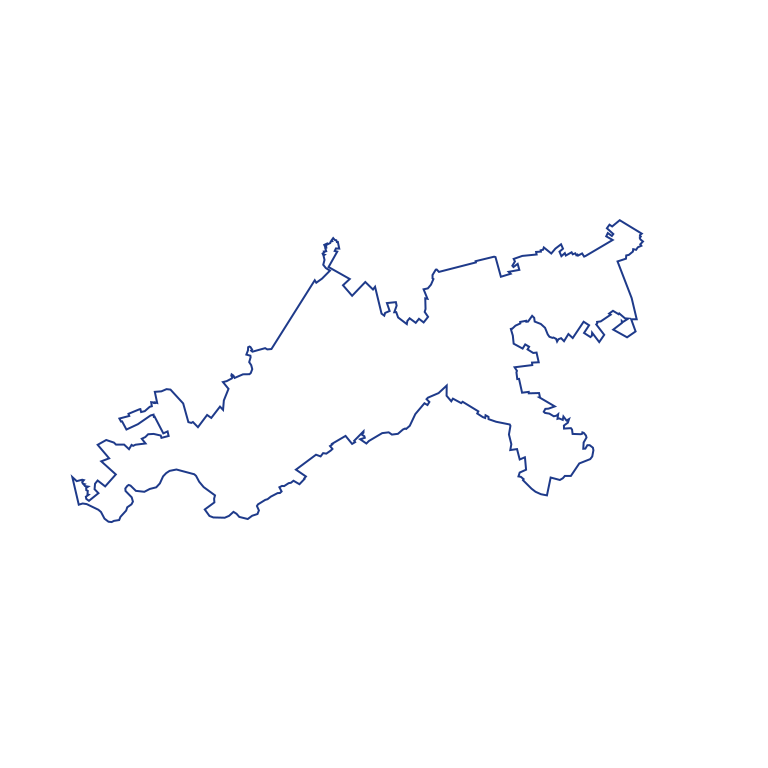 outline of Palenque, Chiapas, Mexico, rotated 122°
{"feature_id": "50627088B42287597012066", "entity_name": "Palenque", "entity_type": "district", "adm_level": 2, "iso_a3": "MEX", "parent_name": "Mexico", "parent_adm1": "Chiapas", "projection": "robinson", "projection_center": [-91.787, 17.453], "detail": "fine", "context": "isolated", "style": "outline", "palette": "blue", "viewbox_px": 768, "rotation_deg": 122, "n_neighbors": 0, "source": "geoboundaries", "source_scale": "gbopen_adm2", "svg_char_len": 6154}
<svg xmlns="http://www.w3.org/2000/svg" viewBox="0 0 768 768"><g transform="rotate(122 384 384)"><path d="M648.1,578.9L645.0,576.2L643.4,572.5L642.0,559.6L642.5,556.2L646.3,549.7L646.8,544.7L645.4,541.8L643.2,540.5L639.7,536.5L636.3,537.1L628.0,535.6L624.6,536.4L619.9,534.4L616.8,534.6L613.8,537.9L611.7,546.5L609.7,548.0L606.4,547.7L604.9,547.0L604.5,545.1L606.1,537.8L602.4,530.1L597.1,527.0L592.3,522.4L587.1,521.4L579.4,522.4L575.0,521.5L571.3,519.8L566.5,514.7L561.1,497.1L561.5,494.7L564.8,489.0L567.0,482.3L568.0,468.3L571.3,467.3L574.3,465.1L585.4,469.5L588.4,462.1L587.6,458.0L581.8,448.2L577.9,445.5L572.2,443.9L572.2,440.3L573.4,436.3L570.7,428.0L565.6,426.0L561.3,422.4L557.5,423.1L554.8,427.1L552.9,427.1L545.2,423.3L543.4,421.7L539.5,420.3L532.9,416.4L531.6,414.5L529.4,413.9L527.0,418.0L524.5,416.5L523.5,414.6L518.6,412.3L517.1,410.6L514.0,409.5L513.8,402.6L506.6,401.1L506.4,401.6L503.8,401.2L503.3,413.3L480.0,404.2L479.0,399.4L474.9,399.0L473.6,396.0L468.4,393.8L466.4,393.3L465.2,396.9L462.6,395.8L462.3,396.4L448.4,389.1L451.7,379.3L448.6,377.7L448.0,379.2L435.0,376.3L436.2,375.6L438.7,376.3L438.7,373.0L439.8,371.8L443.5,374.9L443.8,367.4L440.3,366.6L426.6,359.5L422.5,354.4L422.7,350.5L418.9,345.8L412.5,343.8L410.6,342.5L410.4,341.4L405.8,340.0L392.9,341.5L378.9,339.5L378.8,336.0L375.2,336.0L374.3,339.9L372.3,339.5L362.8,332.9L352.1,330.0L360.8,324.7L363.0,317.8L359.9,317.8L359.3,308.4L357.4,307.9L357.2,289.5L359.6,289.3L359.7,282.7L359.2,280.2L356.7,281.3L356.5,278.0L358.4,276.7L356.6,268.9L351.7,255.9L352.5,254.6L360.6,251.3L367.6,244.1L373.1,241.9L368.7,236.7L376.1,228.9L371.5,225.7L372.3,225.0L381.4,218.1L387.2,222.0L391.1,221.0L390.2,218.7L390.7,215.2L391.9,215.2L394.6,203.4L395.1,198.4L394.3,192.5L392.1,186.8L375.0,193.1L372.2,184.0L369.2,182.4L366.1,181.9L362.9,176.8L347.9,176.3L338.4,169.3L335.1,169.0L329.2,171.3L327.3,173.1L326.9,177.1L328.1,179.1L332.1,179.0L333.3,180.7L327.8,183.7L322.1,183.9L320.7,185.4L319.6,188.6L319.9,190.1L321.2,189.6L322.3,190.5L326.4,197.6L323.0,200.4L322.4,202.1L326.4,207.7L323.9,209.4L319.4,207.6L315.7,208.5L318.3,209.8L316.5,214.6L319.7,213.4L320.4,217.3L321.6,218.4L317.4,220.3L319.4,220.9L321.4,222.9L321.5,228.1L323.2,232.1L322.9,233.8L319.6,234.0L317.8,231.5L312.5,227.3L313.0,245.3L312.5,244.8L309.5,247.7L315.2,256.3L314.0,257.1L318.2,262.3L308.1,272.2L309.2,273.6L303.9,277.9L302.4,278.2L300.6,282.1L289.4,268.3L287.4,269.8L283.6,264.3L276.5,271.3L278.6,273.9L278.6,280.6L275.5,280.7L275.6,285.2L280.5,285.2L281.1,295.4L274.7,300.4L269.5,306.3L270.0,305.4L269.6,304.7L264.8,303.4L260.4,300.5L259.2,301.4L255.0,296.9L255.8,296.3L254.7,294.9L247.7,294.5L248.3,291.7L251.2,289.3L250.0,282.8L251.0,277.2L255.2,271.4L256.3,268.7L255.6,265.6L254.8,264.9L254.5,262.0L256.3,259.7L253.6,259.8L251.3,258.1L252.3,254.0L243.9,254.1L245.0,248.3L225.4,247.7L225.5,241.2L234.7,241.4L234.8,233.8L232.8,233.3L230.2,234.7L234.4,223.7L225.6,223.3L221.0,235.6L219.6,235.3L218.4,236.2L216.1,233.4L205.1,228.5L205.0,230.4L200.6,228.6L200.5,222.0L199.5,221.9L200.6,214.4L199.1,211.5L204.9,214.3L204.6,215.7L206.2,214.6L216.4,218.4L215.6,202.6L206.1,198.5L198.1,208.7L195.2,204.0L179.9,219.5L156.3,250.9L149.5,245.2L146.6,246.7L144.8,244.8L139.8,243.1L137.6,244.1L136.6,241.3L133.6,241.2L130.4,239.0L129.7,240.7L125.9,239.9L125.5,243.2L124.6,244.5L122.9,244.4L122.8,245.5L121.8,245.8L119.9,245.1L120.2,270.9L129.5,274.0L129.4,277.2L133.8,277.5L135.3,269.0L137.7,269.2L137.4,274.2L141.0,273.8L140.7,266.4L168.6,280.9L169.9,281.8L168.3,285.2L172.3,287.5L171.7,288.5L172.9,289.1L171.8,291.0L174.0,292.7L172.9,294.7L178.7,297.9L177.2,300.0L181.6,301.3L178.8,305.3L174.4,303.9L171.7,307.9L178.4,310.4L184.7,311.3L183.5,320.8L185.9,320.3L187.6,322.0L188.6,321.1L191.4,325.0L193.3,323.2L202.1,334.6L209.2,340.3L210.7,337.9L215.7,337.8L216.2,336.2L211.3,334.3L215.5,329.7L222.8,337.7L223.4,335.0L231.1,341.7L217.3,356.7L217.7,358.1L231.3,371.4L232.2,370.5L259.8,396.8L259.0,400.0L259.6,400.7L265.9,400.6L268.7,398.8L268.8,397.7L274.9,396.8L279.7,397.5L282.7,400.6L288.7,392.3L289.5,394.4L298.4,388.5L301.3,387.7L303.7,382.2L310.8,383.0L310.2,388.9L315.3,389.5L314.7,397.1L318.2,397.6L321.1,396.4L320.1,407.3L316.6,411.7L317.7,413.3L310.9,414.8L308.3,417.3L313.8,424.4L319.1,417.9L323.1,420.7L325.9,420.0L325.6,423.4L306.3,443.1L309.7,443.4L307.4,453.9L326.1,457.8L322.0,471.1L313.1,468.7L314.2,493.0L296.5,493.8L297.3,496.3L294.5,496.6L292.9,493.7L288.0,498.4L288.6,499.2L287.4,500.6L287.9,502.2L287.2,504.4L289.7,504.6L290.3,503.6L291.3,504.7L292.9,504.3L296.0,506.2L295.2,506.8L297.7,508.4L298.5,507.1L297.6,506.3L299.0,505.1L299.9,505.8L302.0,503.4L303.5,505.2L304.1,504.4L305.9,505.2L306.6,504.2L306.0,502.9L307.2,503.3L310.3,500.2L315.1,498.7L316.5,494.8L316.5,489.9L327.5,492.4L334.0,495.1L332.7,497.7L414.0,498.0L416.5,501.3L416.6,503.8L426.3,512.7L426.1,514.4L424.7,514.1L423.4,516.9L423.5,517.9L424.8,518.7L427.5,517.2L432.0,516.3L430.8,512.3L432.0,511.3L436.9,509.9L438.4,506.6L441.2,503.6L445.3,502.8L447.0,503.3L450.5,508.7L458.0,513.9L456.7,516.1L456.6,518.3L457.9,517.9L458.7,516.1L459.9,516.0L464.9,518.9L467.7,521.6L470.5,513.3L482.8,511.1L491.2,506.8L490.1,511.1L504.3,512.5L504.0,517.6L519.2,518.9L517.5,525.9L519.1,526.8L520.0,529.7L506.9,544.0L501.9,562.1L503.6,565.7L508.2,568.9L512.1,574.2L520.3,566.3L520.9,568.4L521.5,568.1L522.1,569.1L521.8,569.8L522.8,571.8L525.9,569.1L527.5,570.6L533.8,572.5L536.5,575.1L534.4,577.3L534.9,577.9L544.7,584.9L546.1,583.1L553.5,590.1L555.2,587.1L554.5,586.3L559.1,578.3L548.5,571.4L534.4,565.3L532.1,563.2L533.8,561.8L533.2,561.3L542.8,545.0L538.9,542.4L542.2,539.1L547.6,544.2L546.0,546.0L548.4,552.9L551.6,557.4L555.5,558.3L558.8,560.4L560.8,554.7L567.2,562.6L569.4,564.0L569.4,565.8L574.4,565.7L573.1,572.3L577.4,579.2L576.8,582.0L578.7,589.9L587.3,594.6L592.7,577.7L599.4,582.8L602.8,563.5L618.6,566.2L617.6,575.7L621.7,576.2L626.6,573.7L627.9,568.3L639.4,572.3L639.2,575.6L637.6,577.1L634.4,575.8L634.7,577.0L631.6,578.6L631.8,580.2L630.0,581.5L627.8,580.5L629.0,583.5L628.4,585.1L627.6,584.8L628.1,586.6L627.1,588.0L624.6,587.6L625.1,589.2L629.2,593.1L628.1,599.0L648.1,578.9Z" fill="none" stroke="#1e3a8a" stroke-width="2"/></g></svg>